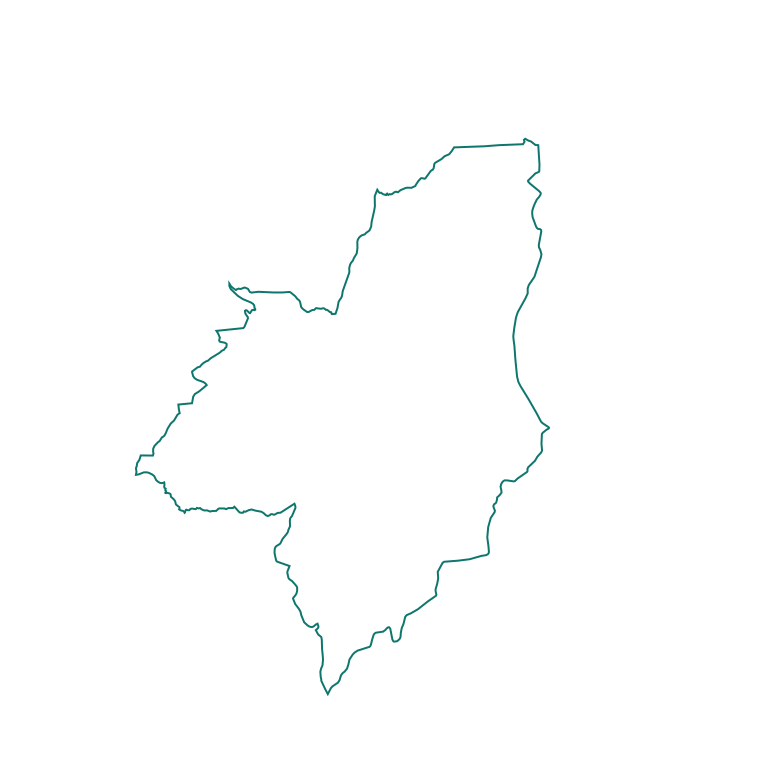 the district of An Khe, Gia Lai, Vietnam, rotated 36°
{"feature_id": "81297802B94904539855050", "entity_name": "An Khe", "entity_type": "district", "adm_level": 2, "iso_a3": "VNM", "parent_name": "Vietnam", "parent_adm1": "Gia Lai", "projection": "orthographic", "projection_center": [108.675, 14.022], "detail": "fine", "context": "isolated", "style": "outline", "palette": "teal", "viewbox_px": 768, "rotation_deg": 36, "n_neighbors": 0, "source": "geoboundaries", "source_scale": "gbopen_adm2", "svg_char_len": 6165}
<svg xmlns="http://www.w3.org/2000/svg" viewBox="0 0 768 768"><g transform="rotate(36 384 384)"><path d="M543.3,322.5L542.7,322.2L535.3,322.5L533.0,322.1L525.6,318.4L509.6,311.2L495.7,305.5L491.6,303.4L487.3,299.8L476.1,287.2L467.0,276.4L462.7,271.9L460.4,269.2L456.4,262.0L451.8,252.8L450.0,247.3L448.1,231.6L447.0,226.2L444.1,222.3L443.0,218.9L442.7,208.9L436.4,189.1L435.1,186.5L431.6,183.7L429.1,182.4L427.5,180.5L421.7,168.4L420.7,167.1L419.2,167.0L417.6,167.9L415.9,167.9L414.4,167.2L406.2,161.7L403.7,159.0L402.1,156.6L401.0,153.4L400.1,149.9L399.2,145.0L399.5,141.6L399.4,139.1L398.9,137.8L398.4,137.3L396.4,136.8L384.8,136.1L381.8,135.6L381.0,134.8L382.7,124.6L384.6,121.5L384.6,120.7L380.9,115.2L368.4,100.1L366.1,101.6L360.3,101.4L357.8,102.2L354.1,102.6L353.7,104.3L355.3,105.4L355.5,108.3L336.5,123.3L325.7,132.5L301.6,151.4L301.9,155.5L301.7,159.8L299.1,164.2L298.3,168.2L295.4,174.9L295.4,176.5L297.3,180.1L297.5,181.5L297.4,182.3L296.8,183.2L296.6,184.7L296.6,193.4L296.3,194.0L293.6,195.2L292.9,196.0L292.5,199.7L292.7,204.2L293.0,205.3L290.9,209.1L287.1,211.8L286.1,213.0L283.4,217.5L282.6,220.7L281.0,221.2L280.2,221.9L279.6,223.0L279.0,225.3L278.1,226.6L276.9,227.1L276.4,228.5L274.6,228.1L274.4,228.7L274.8,229.6L274.6,230.0L271.6,231.0L269.1,231.0L268.3,231.9L267.2,231.9L264.4,230.8L266.1,237.5L272.2,245.6L274.1,249.4L278.8,260.3L281.1,264.2L282.0,268.3L280.7,272.4L280.5,274.2L278.6,276.9L278.0,278.7L277.8,280.3L278.0,282.6L278.8,284.6L282.6,289.6L285.2,294.4L285.6,299.8L286.3,302.3L286.1,305.3L286.4,307.3L287.7,310.6L290.0,313.5L290.6,314.8L296.0,333.1L298.3,337.5L298.8,339.9L298.7,341.5L299.0,344.3L301.7,349.9L303.5,355.7L300.8,358.1L300.1,357.9L299.5,357.2L298.8,357.0L297.9,357.6L295.0,357.4L294.0,357.6L293.3,358.2L291.3,358.0L290.8,358.2L289.9,358.8L288.8,360.2L284.4,362.6L284.0,365.0L282.5,366.3L280.6,370.2L279.2,371.0L274.3,371.0L271.9,370.5L267.8,366.9L266.2,366.2L263.7,366.1L260.8,365.2L254.3,364.8L253.4,365.1L248.2,369.5L240.2,375.3L228.1,383.3L223.1,387.9L221.4,388.4L218.0,387.0L215.6,387.5L214.3,388.1L212.2,391.4L210.2,392.4L209.4,393.6L209.2,394.7L208.7,395.1L205.1,395.1L202.6,394.8L199.9,393.7L201.3,395.6L204.2,397.3L213.9,398.6L219.8,398.3L228.3,396.3L230.8,396.1L232.8,396.7L234.7,398.7L235.6,398.9L236.2,399.6L236.0,400.3L234.8,400.8L233.8,401.8L234.0,405.4L233.4,405.6L229.8,405.1L228.9,405.5L228.5,406.4L229.1,407.3L230.2,408.2L231.1,408.8L234.6,410.0L235.4,411.0L237.5,419.8L237.3,421.5L217.2,439.5L220.2,440.7L224.0,443.0L224.9,445.5L225.8,446.1L226.6,446.2L230.9,444.2L232.6,444.0L233.1,444.1L233.7,444.8L234.8,446.9L234.4,447.9L234.4,450.4L233.3,452.3L232.7,455.2L228.7,464.9L227.9,468.6L226.8,470.2L225.7,472.8L225.1,475.3L224.9,478.2L223.4,480.1L221.5,486.3L221.5,487.0L224.9,489.8L227.3,490.6L230.3,490.5L236.9,488.5L239.6,488.6L241.2,489.1L238.8,498.6L236.9,503.3L237.1,506.4L240.0,512.4L229.7,521.5L232.7,524.8L235.9,527.8L235.4,528.7L235.0,530.5L235.6,537.0L234.7,541.5L235.2,547.6L236.3,551.8L236.7,554.9L236.3,556.5L235.7,557.7L236.0,562.0L235.4,563.8L234.7,568.9L235.3,572.0L237.1,574.6L238.3,575.6L239.1,577.7L229.2,584.8L230.7,589.2L230.8,593.0L232.3,596.0L232.8,597.9L235.4,600.6L236.7,603.3L238.6,601.4L241.6,596.7L243.7,595.1L245.5,594.2L249.2,593.5L252.1,593.5L256.3,595.7L258.8,595.9L260.6,595.7L261.8,595.2L262.8,594.6L264.0,592.8L265.4,594.2L266.6,596.4L267.4,597.0L268.9,597.0L269.3,598.3L270.7,598.8L270.9,600.4L271.2,600.7L271.6,600.6L272.6,599.5L274.8,598.6L275.6,598.6L276.2,598.7L278.0,600.5L281.6,600.8L284.0,601.6L286.0,603.4L286.8,603.8L290.8,603.9L291.6,604.6L292.0,605.9L294.2,605.6L296.0,604.8L297.2,604.8L298.4,605.4L298.5,605.0L297.7,602.5L297.9,601.9L299.3,601.5L300.7,600.5L300.8,598.9L301.9,597.6L305.3,595.9L305.5,594.2L307.2,593.6L308.1,592.5L309.5,592.6L312.0,592.3L313.4,591.6L315.2,590.2L318.3,589.4L319.5,587.9L322.9,585.2L323.2,583.0L323.8,581.5L328.1,578.5L329.8,578.1L331.0,575.9L334.7,573.1L335.1,571.2L342.6,572.8L344.5,571.9L345.6,571.0L345.5,569.5L346.9,568.9L348.9,565.3L350.7,563.3L354.2,562.1L359.9,559.4L362.4,559.2L365.6,559.6L367.6,559.1L368.7,557.4L368.9,556.1L369.9,555.1L371.9,554.4L372.5,553.6L373.7,550.8L375.9,549.0L381.9,533.5L383.8,534.7L385.2,536.3L387.2,545.0L387.0,546.9L387.2,548.1L388.3,550.1L391.4,554.0L391.8,555.1L392.4,558.3L393.1,559.7L393.4,562.0L393.0,568.9L393.8,573.5L393.7,574.8L392.2,578.4L392.0,579.5L392.6,581.8L394.8,585.1L399.8,589.6L400.9,590.4L402.1,590.5L414.6,586.8L416.0,592.2L416.7,593.5L420.6,597.0L422.0,597.5L425.6,597.5L428.0,598.0L431.8,598.9L433.2,599.6L434.6,601.3L435.5,602.8L436.3,604.9L436.5,606.2L436.3,610.5L436.6,611.1L441.5,614.2L446.9,615.8L450.0,617.1L453.2,619.8L459.5,623.7L463.9,624.2L465.5,624.2L467.5,623.6L468.7,622.9L469.5,621.6L470.3,618.5L471.1,617.0L473.4,618.6L473.9,619.5L474.0,620.9L473.5,623.2L477.9,625.3L481.9,625.6L482.5,626.0L484.1,627.6L489.6,634.7L494.9,640.7L496.9,643.2L499.6,647.8L500.5,651.6L501.7,654.3L505.1,658.3L506.7,659.7L507.8,661.0L515.6,665.3L520.8,667.9L519.8,661.2L520.0,658.9L522.3,652.7L522.1,649.8L520.4,644.8L520.5,642.2L521.2,639.7L521.4,636.0L519.9,631.5L518.0,627.2L517.7,621.4L518.0,618.8L519.3,615.3L526.8,605.1L526.9,603.8L526.6,602.4L524.8,598.2L523.1,593.1L523.0,591.6L523.6,590.0L528.8,584.9L529.7,582.2L529.8,580.2L530.4,578.3L531.2,577.8L532.8,578.2L541.0,585.8L542.9,586.7L543.6,586.5L545.6,584.6L546.0,583.7L546.5,581.2L546.1,579.0L543.8,575.3L541.8,571.0L540.8,566.7L538.0,559.8L538.2,557.6L540.4,554.0L543.8,546.4L547.4,533.7L550.5,524.9L550.3,523.8L547.2,520.9L546.3,519.5L544.4,514.2L542.1,509.4L537.9,504.4L536.5,494.2L537.1,492.5L548.1,483.1L556.2,475.5L564.0,465.6L567.1,462.6L568.1,460.6L568.1,459.4L567.6,458.2L564.1,454.1L557.8,447.5L552.4,438.5L549.1,429.6L548.8,422.5L548.1,421.2L544.8,419.1L544.0,418.0L543.8,416.5L544.4,414.8L544.4,413.9L543.5,411.4L542.2,409.2L542.9,405.9L542.9,402.8L541.5,401.1L538.6,398.5L537.6,396.0L537.4,393.6L537.8,391.9L538.4,390.9L540.5,389.5L546.1,386.6L547.0,385.6L547.6,382.0L551.4,371.1L551.3,370.1L550.0,368.5L549.6,366.5L551.3,357.4L550.8,352.8L551.4,347.0L551.0,344.9L546.6,339.9L541.1,331.6L541.1,330.2L542.3,325.6L543.4,323.3L543.3,322.5Z" fill="none" stroke="#0f766e" stroke-width="2"/></g></svg>